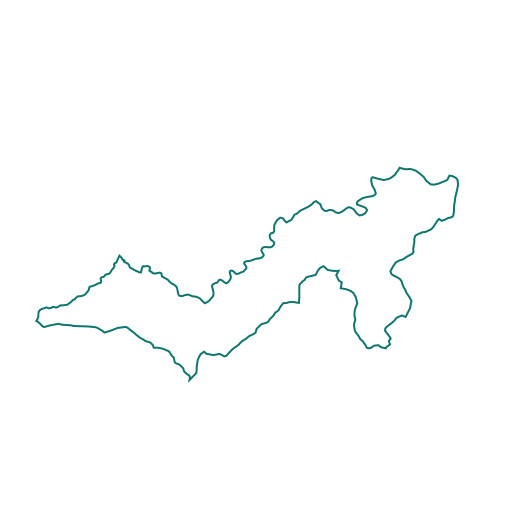 outline of Dala, Chhukha, Bhutan, rotated 300°
{"feature_id": "84629894B52773490471005", "entity_name": "Dala", "entity_type": "district", "adm_level": 2, "iso_a3": "BTN", "parent_name": "Bhutan", "parent_adm1": "Chhukha", "projection": "orthographic", "projection_center": [89.612, 26.815], "detail": "fine", "context": "isolated", "style": "outline", "palette": "teal", "viewbox_px": 512, "rotation_deg": 300, "n_neighbors": 0, "source": "geoboundaries", "source_scale": "gbopen_adm2", "svg_char_len": 6145}
<svg xmlns="http://www.w3.org/2000/svg" viewBox="0 0 512 512"><g transform="rotate(300 256 256)"><path d="M89.9,98.2L89.9,100.5L89.3,103.3L88.5,105.7L88.4,107.9L92.7,112.1L98.5,118.8L99.5,122.3L103.8,131.2L104.0,132.7L110.8,145.4L114.0,152.2L114.5,155.0L114.4,160.5L113.9,163.0L118.7,167.5L124.5,172.1L128.6,177.5L129.6,179.0L129.6,181.3L129.0,184.7L128.5,188.8L127.9,191.6L127.2,196.5L127.3,199.9L127.1,202.9L128.2,207.5L127.7,209.9L126.9,211.8L125.6,213.0L125.6,213.8L127.3,216.3L129.1,221.5L129.4,224.4L129.9,227.7L129.7,228.2L129.8,228.7L127.7,232.5L126.8,235.7L123.7,238.4L123.1,239.6L123.1,241.0L123.4,242.2L123.6,243.7L123.4,244.7L123.4,245.7L122.5,248.7L121.9,249.7L121.1,250.3L120.0,251.7L119.8,252.2L119.6,253.6L119.1,255.5L119.3,257.0L118.8,258.6L118.5,258.9L117.1,259.8L115.4,260.4L122.3,262.2L125.0,262.8L128.0,261.4L130.1,260.2L136.2,257.7L140.3,257.1L143.5,257.2L147.2,258.9L146.5,261.8L147.6,265.0L149.0,268.9L151.5,271.6L153.0,273.6L153.2,276.0L153.2,278.6L154.8,280.3L158.3,280.9L163.7,282.3L170.6,285.4L173.1,285.9L175.9,286.7L178.0,288.0L180.4,289.2L183.0,290.0L185.5,291.8L189.2,294.0L193.1,293.0L195.8,293.6L199.4,294.7L201.2,296.2L203.0,298.1L205.3,299.5L208.1,299.5L211.8,300.6L214.1,301.0L216.7,301.0L218.3,301.9L220.4,302.6L225.1,302.6L228.8,303.2L230.4,305.7L232.6,307.8L234.0,309.7L234.9,311.5L236.8,316.6L241.3,314.5L250.8,309.0L253.0,308.0L257.3,309.0L259.7,310.1L262.4,310.1L264.8,312.1L266.4,314.0L269.5,317.1L274.2,316.9L277.8,317.5L280.9,319.5L279.8,325.2L281.5,329.8L283.3,333.4L284.5,334.9L279.5,335.1L276.2,339.9L276.0,343.5L270.4,345.5L272.5,351.3L272.6,352.7L273.1,355.2L272.7,358.7L270.4,362.8L265.8,367.3L260.2,368.2L256.9,369.3L253.8,370.9L250.3,374.0L247.5,374.5L245.0,375.5L241.4,378.4L239.9,380.3L237.8,385.4L236.3,387.5L235.5,391.3L234.3,393.3L234.0,394.8L231.9,397.8L232.3,399.6L234.0,401.6L237.2,402.9L240.0,406.6L239.5,409.3L240.2,412.4L241.0,414.6L242.4,414.5L246.4,416.3L248.8,413.6L251.7,414.0L252.8,412.4L255.8,405.1L258.0,404.2L260.7,404.8L265.2,406.8L269.3,408.2L272.3,408.5L274.5,409.8L277.5,412.2L278.0,416.0L288.3,415.5L291.6,414.1L294.7,413.2L296.9,409.7L299.6,404.3L301.4,402.2L302.7,399.6L303.7,398.3L305.2,396.4L306.9,394.7L308.1,391.9L308.1,386.6L307.8,385.9L308.0,382.8L308.4,381.9L310.0,380.0L315.6,379.9L320.0,380.2L323.6,382.2L326.9,385.2L330.3,386.7L336.1,390.2L338.1,390.5L341.3,388.2L342.8,387.9L343.8,387.3L345.9,386.8L347.3,386.0L348.3,385.6L349.4,384.7L352.7,383.9L353.4,383.9L356.9,385.9L357.8,387.1L359.6,388.0L361.5,390.7L366.8,394.4L370.2,395.1L377.7,395.5L379.6,396.0L379.3,399.2L382.5,401.9L385.1,403.5L386.0,404.7L388.3,406.5L389.9,406.5L393.7,405.1L398.8,402.3L402.6,400.9L405.4,399.6L414.7,396.8L418.6,395.4L422.5,392.7L423.6,390.2L423.4,386.1L422.3,383.3L417.7,383.6L415.9,382.6L409.9,377.8L408.2,376.1L406.9,374.6L405.4,371.6L406.2,366.0L408.2,362.0L409.5,355.7L409.4,354.7L409.8,352.5L409.2,348.4L408.2,345.5L406.1,342.6L404.6,338.2L404.3,336.3L401.2,336.2L395.5,335.6L392.0,334.2L389.3,332.6L385.6,328.6L383.7,322.2L382.5,317.5L380.5,317.2L378.5,318.4L375.6,320.9L372.5,325.9L370.1,328.5L369.1,328.5L366.9,327.6L365.5,326.3L362.9,322.9L359.3,319.3L354.2,316.7L352.6,316.8L351.2,317.6L351.2,318.9L352.1,323.2L352.5,326.9L351.4,329.1L350.0,329.4L347.2,329.0L344.5,327.3L342.9,325.4L343.2,322.0L345.3,317.0L345.2,313.6L344.5,311.8L342.5,310.5L339.3,309.2L336.2,307.6L334.4,305.8L333.7,303.6L334.0,300.0L332.8,296.8L330.0,294.4L329.5,292.6L330.1,289.4L333.1,285.6L333.1,283.4L333.6,280.7L331.9,279.3L328.3,278.4L324.4,276.4L317.3,271.6L313.1,270.3L311.1,268.7L305.1,268.6L300.4,265.7L300.3,265.2L300.9,263.1L302.1,260.4L301.3,257.8L298.1,256.4L294.2,256.2L291.4,256.6L286.5,259.3L284.5,259.2L283.4,257.8L282.7,257.5L281.3,257.5L280.4,257.7L279.6,258.2L278.6,259.2L277.6,260.8L277.4,261.7L277.3,263.5L277.0,264.5L276.6,265.2L275.3,265.8L274.4,265.8L272.8,265.5L271.9,265.1L270.8,264.2L269.7,262.3L269.0,260.6L268.0,258.9L267.1,258.0L266.0,257.6L265.3,257.4L264.6,257.5L263.8,257.7L263.0,258.4L262.2,259.4L261.4,261.4L260.7,262.2L260.0,262.4L258.8,262.2L256.9,261.4L255.0,259.5L254.6,258.5L254.0,257.8L250.9,255.0L249.2,253.7L248.4,252.8L247.1,250.9L246.1,249.8L244.9,249.2L243.9,249.2L243.5,249.6L241.9,252.9L240.7,253.8L239.7,253.8L238.4,253.3L236.1,252.8L233.6,250.7L232.3,250.0L230.8,248.2L230.5,247.4L231.3,244.7L231.3,242.7L231.0,241.7L230.4,241.3L229.0,241.2L227.3,242.7L226.5,243.7L224.9,244.9L223.2,245.4L220.7,245.2L219.4,245.0L218.1,244.4L217.4,243.6L217.4,241.8L217.9,238.3L217.6,236.9L217.2,236.4L216.6,236.0L213.9,235.8L213.4,235.5L211.9,234.1L210.2,233.0L209.4,232.8L207.8,233.0L203.6,237.1L201.0,238.6L199.4,238.9L193.6,237.7L191.9,236.9L189.6,235.5L189.6,234.1L191.0,229.3L191.2,228.4L191.2,227.2L190.8,224.7L190.4,223.4L189.5,221.6L189.2,220.1L189.0,218.1L188.7,216.8L188.4,216.1L186.3,213.7L185.4,213.1L184.3,212.0L183.3,209.7L183.5,208.9L184.0,208.0L184.6,207.3L188.3,204.1L189.4,202.9L189.9,201.4L190.2,199.2L190.0,196.2L190.7,193.3L191.3,191.8L191.4,190.7L191.2,185.2L192.1,183.9L193.6,182.9L193.7,181.8L193.2,180.6L191.0,178.2L189.7,176.1L189.6,175.0L190.0,173.3L189.8,172.3L189.9,171.0L192.2,170.5L193.2,169.7L193.3,167.6L193.0,166.8L191.1,164.5L190.8,163.4L188.8,163.2L184.3,164.6L183.4,163.0L183.5,161.2L183.1,160.0L183.0,152.5L184.6,150.6L185.4,148.5L185.0,145.1L185.1,144.4L186.2,144.5L186.5,143.9L186.1,142.2L187.3,140.4L188.0,137.6L183.3,137.9L182.8,138.1L180.8,138.3L180.3,138.2L179.5,137.4L177.7,137.2L177.1,138.1L176.7,138.4L175.9,138.5L174.5,138.6L171.8,138.1L168.3,138.1L166.8,137.4L166.0,136.3L164.3,134.9L162.1,134.6L161.4,134.2L160.5,133.1L159.7,132.7L158.7,132.8L156.6,134.6L155.9,134.8L154.9,134.7L154.4,134.3L153.4,133.0L152.9,132.7L150.7,131.4L149.4,130.3L148.1,129.4L146.4,127.5L145.5,127.3L143.9,127.9L143.0,128.1L142.0,128.1L138.3,127.5L136.9,127.0L135.6,126.2L134.4,125.2L133.5,124.2L132.4,122.4L131.4,121.6L129.9,121.0L127.6,120.6L126.4,119.4L123.5,118.8L119.4,116.9L116.6,113.3L115.5,111.3L112.5,109.7L111.5,108.8L111.2,108.1L111.0,106.8L110.5,105.6L108.4,104.4L107.1,102.7L106.8,100.5L103.1,97.0L100.8,95.8L99.0,95.7L96.4,96.8L94.7,97.8L92.0,98.3L89.9,98.2Z" fill="none" stroke="#0f766e" stroke-width="2"/></g></svg>